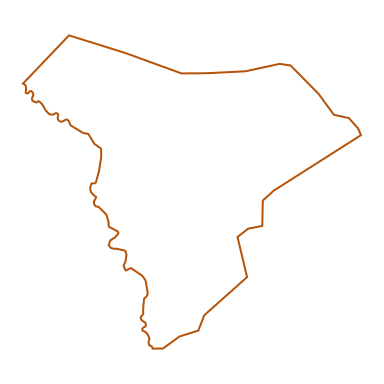 outline of Allendale, South Carolina, United States of America
{"feature_id": "52423323B67769542433711", "entity_name": "Allendale", "entity_type": "district", "adm_level": 2, "iso_a3": "USA", "parent_name": "United States of America", "parent_adm1": "South Carolina", "projection": "robinson", "projection_center": [-81.466, 32.951], "detail": "fine", "context": "isolated", "style": "outline", "palette": "amber", "viewbox_px": 384, "rotation_deg": 0, "n_neighbors": 0, "source": "geoboundaries", "source_scale": "gbopen_adm2", "svg_char_len": 2074}
<svg xmlns="http://www.w3.org/2000/svg" viewBox="0 0 384 384"><path d="M290.5,65.4L279.5,63.9L245.3,71.3L207.5,73.2L198.6,73.3L181.4,73.4L125.3,53.0L69.0,35.4L23.0,83.6L24.0,84.1L25.3,85.1L26.1,87.2L26.1,89.5L25.9,90.9L25.7,92.5L25.9,93.0L26.4,93.3L27.8,93.4L29.8,91.2L31.1,91.1L32.0,91.7L33.3,93.8L33.2,95.3L32.5,97.0L32.0,98.3L32.1,99.6L32.6,100.9L35.6,102.3L36.8,102.3L38.0,101.3L39.4,101.6L42.4,104.5L44.2,107.8L45.9,110.6L49.3,114.2L51.8,114.7L53.2,114.5L54.5,113.8L55.4,113.2L55.9,113.2L56.2,113.2L56.7,113.2L57.2,113.4L58.0,114.3L58.2,115.2L58.0,116.0L57.7,118.1L58.0,119.4L58.6,120.3L59.4,121.1L61.5,121.8L62.7,121.4L65.9,119.5L67.5,119.7L68.6,121.0L68.9,121.3L70.2,124.5L71.0,125.6L83.2,133.1L87.2,133.6L88.5,134.2L94.3,143.8L100.5,148.2L101.1,149.1L101.2,156.9L101.0,158.7L99.0,171.1L96.0,181.9L95.7,182.6L94.7,183.3L93.5,183.3L92.3,183.3L91.5,183.7L91.1,184.5L90.9,185.4L90.7,186.1L90.3,186.8L90.2,187.7L90.3,188.7L90.4,190.1L91.1,192.2L93.1,194.6L96.0,196.9L95.9,197.9L93.9,201.7L94.1,204.2L95.7,206.3L98.7,207.0L106.3,214.5L108.3,220.8L108.8,226.7L115.3,230.2L117.3,231.1L118.4,232.6L118.1,234.0L114.1,238.2L113.6,238.2L110.2,240.5L108.7,245.3L110.9,247.9L114.4,248.9L115.9,248.6L124.9,250.6L125.6,251.5L126.5,254.8L125.5,261.5L123.6,265.7L124.9,269.0L125.8,270.4L126.6,270.4L127.8,269.5L130.7,268.1L131.5,268.4L132.0,268.8L142.3,275.8L145.4,280.1L146.1,283.1L147.7,292.9L147.4,294.8L146.6,296.3L144.1,298.7L143.4,305.3L143.1,311.1L143.3,314.0L141.4,316.1L140.7,317.7L141.2,319.5L142.3,320.8L143.8,321.7L145.1,322.4L145.7,323.3L145.8,324.2L145.7,324.9L145.7,325.9L144.8,327.0L143.5,327.4L142.9,328.0L142.6,328.6L142.3,329.2L142.3,330.2L142.5,330.7L143.3,330.9L144.9,331.7L146.4,332.8L148.0,335.0L148.7,336.8L149.5,338.7L148.7,341.1L148.5,342.9L148.9,344.3L149.4,345.4L151.0,346.0L151.9,346.6L152.5,347.7L152.6,348.6L163.0,348.5L179.5,336.5L198.3,330.6L204.3,315.2L247.1,277.1L237.5,237.0L248.1,228.7L262.3,225.9L262.8,200.5L273.8,190.6L361.0,135.1L358.2,128.6L348.9,118.1L333.9,114.8L318.7,94.0L290.5,65.4Z" fill="none" stroke="#b45309" stroke-width="2"/></svg>